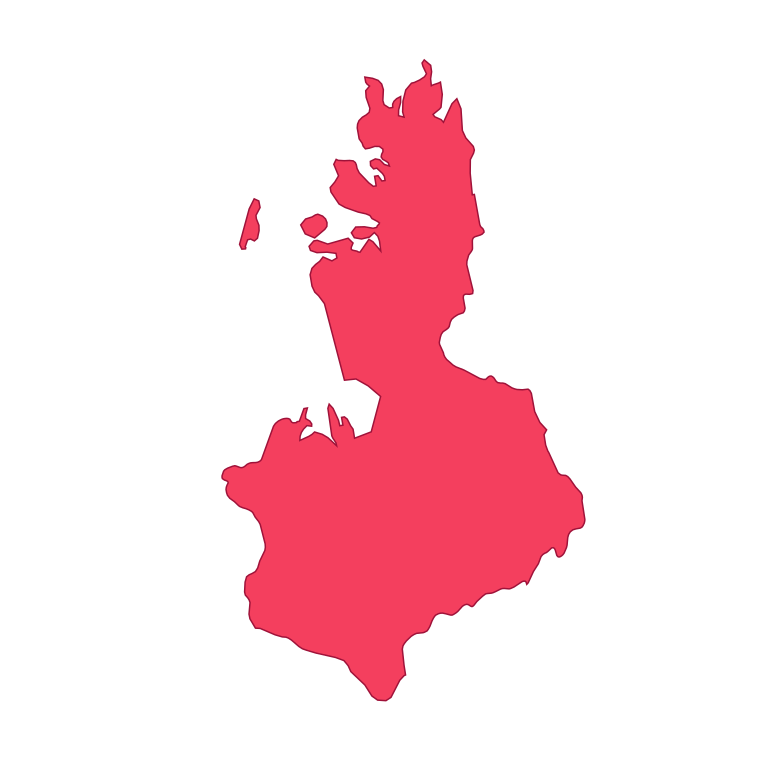 outline of Galway, rotated 80°
{"feature_id": "IRL-713", "entity_name": "Galway", "entity_type": "County", "adm_level": 1, "iso_a3": "IRL", "parent_name": "Ireland", "parent_adm1": "", "projection": "albers", "projection_center": [-9.136, 53.343], "detail": "fine", "context": "isolated", "style": "filled", "palette": "rose", "viewbox_px": 768, "rotation_deg": 80, "n_neighbors": 0, "source": "natural_earth", "source_scale": "10m", "svg_char_len": 6146}
<svg xmlns="http://www.w3.org/2000/svg" viewBox="0 0 768 768"><g transform="rotate(80 384 384)"><path d="M406.0,476.2L406.0,473.8L394.3,467.1L394.3,463.6L400.8,466.6L404.4,467.2L407.6,463.5L410.8,462.1L413.0,462.6L411.6,467.1L414.4,471.0L417.4,473.8L420.9,475.7L425.0,476.7L422.5,467.1L421.1,463.6L419.2,460.7L422.8,453.6L427.2,448.5L436.6,441.4L433.6,441.5L428.4,443.8L426.0,444.4L398.2,443.5L394.3,441.5L399.2,438.4L411.9,435.1L417.4,434.8L417.4,431.6L409.5,431.6L409.5,428.7L412.2,426.3L419.4,424.1L423.1,422.3L432.3,422.4L428.9,404.9L395.7,389.5L383.1,399.9L374.2,410.7L373.4,422.3L294.5,428.7L285.7,433.1L281.5,436.2L275.2,437.9L263.6,437.8L257.6,434.9L254.4,430.6L252.0,426.0L248.3,422.0L253.7,413.9L251.7,408.5L247.0,408.6L244.3,417.2L243.0,427.3L239.7,433.2L235.4,433.9L230.9,428.3L230.9,424.8L236.4,415.1L234.2,394.0L239.8,390.0L243.5,392.4L245.5,392.9L246.7,391.9L248.5,387.5L249.4,386.5L250.1,384.8L238.9,373.7L242.0,370.2L252.5,364.1L242.4,363.6L237.4,364.4L233.2,367.2L236.8,372.8L237.3,380.9L234.8,387.8L229.4,389.9L224.5,384.6L225.8,375.9L228.7,367.7L228.5,364.0L226.9,363.0L225.8,361.3L224.6,360.5L222.8,362.2L219.0,367.1L215.6,368.6L213.3,372.2L210.2,379.6L203.4,391.6L199.0,397.0L185.7,402.9L181.2,402.9L176.5,397.3L171.1,392.6L158.9,395.3L154.5,392.1L155.8,390.3L157.2,384.4L157.9,379.1L158.9,375.6L160.9,373.8L163.3,373.2L167.1,373.1L171.8,371.7L183.2,364.1L187.5,360.2L187.5,357.3L177.8,357.2L177.8,353.7L183.7,350.8L183.8,347.6L179.6,347.6L176.5,348.9L170.2,353.6L170.4,356.9L166.6,359.3L162.4,358.8L160.8,353.5L162.4,349.3L167.9,345.5L170.3,340.8L166.8,341.4L164.6,343.7L162.6,346.2L159.9,347.4L157.3,346.4L155.0,344.7L152.5,344.3L149.3,347.3L148.4,351.8L149.2,357.2L149.2,361.5L146.2,363.2L143.0,363.7L138.3,365.9L127.2,365.9L123.5,364.9L120.3,362.9L117.5,359.0L115.9,354.8L113.9,351.4L110.0,350.0L98.7,351.8L92.0,351.1L88.1,346.5L85.8,348.6L83.6,349.6L78.4,349.6L81.0,342.1L84.0,337.0L88.2,334.2L94.0,333.5L104.6,335.9L108.9,335.4L113.1,330.9L113.2,327.4L109.9,326.9L107.3,325.1L105.2,322.0L103.8,317.7L109.8,318.8L116.6,322.0L122.3,323.1L124.7,317.9L119.2,318.4L108.7,316.2L98.2,311.5L92.5,304.7L92.3,301.7L90.8,296.1L88.5,290.8L85.9,288.3L77.8,290.5L74.5,290.8L71.8,288.1L78.3,282.7L84.8,282.9L91.5,285.1L98.5,285.6L97.9,283.5L97.1,278.1L96.5,276.0L108.9,276.3L121.4,279.8L122.9,281.6L127.0,288.9L129.6,287.7L133.6,281.8L136.6,280.0L119.8,268.4L115.7,262.7L126.4,260.4L148.0,262.8L155.9,260.7L165.5,254.8L169.3,254.4L172.2,255.7L178.0,260.0L191.3,262.5L213.0,264.2L213.0,262.1L243.6,262.0L245.8,261.5L248.2,259.7L250.1,259.1L251.8,259.1L253.4,261.2L254.0,263.2L254.8,269.1L255.5,270.5L256.6,271.5L258.2,272.1L265.8,273.3L267.0,273.7L268.6,275.0L271.7,278.2L277.4,281.0L280.9,281.8L307.4,280.1L310.3,281.0L310.5,282.7L310.5,284.3L309.7,287.7L309.9,289.2L310.8,290.4L313.1,291.0L323.4,291.0L326.0,292.1L327.6,293.6L328.4,298.8L329.2,300.9L330.3,303.4L332.1,306.2L334.6,308.0L338.7,309.8L339.9,310.9L340.9,312.6L342.8,316.8L344.9,318.9L347.7,320.4L352.6,322.3L354.6,322.4L363.5,320.1L365.7,320.0L368.0,319.4L370.7,318.1L377.3,312.8L379.6,310.2L384.1,302.9L395.2,288.7L396.7,285.4L397.1,283.0L395.3,280.3L394.7,278.9L394.7,277.2L395.7,275.8L397.3,274.6L400.4,273.3L402.3,271.9L403.3,269.1L403.7,266.9L404.7,264.6L410.0,258.7L411.5,256.2L412.5,254.0L413.7,248.8L414.1,243.0L415.8,241.5L418.8,240.5L437.3,240.4L448.9,237.2L457.4,231.8L461.7,235.2L472.3,235.4L478.5,234.3L479.9,233.7L501.7,228.0L504.1,225.8L504.7,224.5L505.6,220.9L507.1,219.1L509.7,217.4L518.8,213.2L525.4,209.0L527.9,208.3L530.0,208.3L533.4,209.3L552.2,209.7L553.8,210.1L555.7,210.9L558.1,212.6L559.4,214.0L560.0,215.8L560.0,220.1L560.4,223.4L561.9,226.2L564.2,228.3L567.1,229.7L574.5,231.7L576.8,232.7L581.8,236.0L583.2,237.5L584.0,238.8L584.6,240.2L584.8,241.7L584.1,242.9L582.7,243.6L577.1,244.2L575.6,244.7L574.6,245.7L574.5,247.3L577.3,251.6L578.2,253.3L578.6,255.1L579.5,257.2L581.2,259.3L587.8,263.2L594.6,269.4L604.8,276.5L606.1,278.2L603.7,278.5L602.7,279.2L602.4,280.7L602.6,282.3L606.5,291.3L607.4,294.9L607.5,296.3L606.2,301.2L606.0,303.0L606.2,304.8L607.8,310.1L608.5,313.0L608.6,314.8L608.3,318.4L608.3,320.3L610.1,323.8L614.3,330.3L617.4,333.7L618.2,334.9L618.5,336.0L617.9,337.1L615.9,339.3L615.3,340.9L615.5,343.0L616.5,345.4L620.7,350.7L621.8,352.6L623.0,355.5L623.4,357.1L623.1,358.6L621.0,363.1L619.8,366.1L619.5,368.2L619.7,370.4L620.7,373.5L622.7,375.6L625.4,377.7L630.5,380.8L632.9,382.7L634.6,384.4L635.5,387.3L635.7,388.7L635.2,395.2L635.9,398.0L637.2,401.1L640.9,406.6L643.2,409.1L645.2,410.8L648.3,412.0L664.4,413.1L674.3,413.3L674.7,414.9L678.5,419.9L693.8,431.5L696.2,437.1L694.2,445.2L689.2,450.1L677.1,455.1L661.5,466.6L655.2,468.2L649.4,471.5L644.9,479.2L637.2,497.6L632.8,506.4L630.6,510.3L627.7,513.4L620.1,519.6L617.6,522.3L616.3,524.5L615.4,528.1L612.1,534.8L603.2,548.4L602.1,553.0L592.0,556.8L587.2,556.9L576.0,553.9L573.3,554.3L570.9,555.3L567.8,557.2L564.6,557.4L555.0,555.2L550.0,552.8L548.5,550.0L547.7,546.8L546.4,543.2L543.2,540.3L536.8,537.1L527.2,530.2L524.2,529.2L520.8,528.8L500.8,530.3L497.7,531.3L492.9,533.9L488.0,535.5L486.5,536.5L484.5,538.9L482.8,541.6L481.4,544.5L479.7,547.2L478.6,548.3L473.8,551.8L469.8,555.7L466.4,557.5L463.7,557.9L460.5,557.9L458.2,557.2L456.3,556.1L454.3,554.6L452.9,554.8L451.9,556.0L450.9,557.8L449.1,559.6L447.6,559.7L446.2,559.4L442.0,557.1L440.8,555.6L439.7,552.6L438.7,547.5L438.6,545.1L439.2,543.7L441.4,539.9L441.7,538.4L441.5,536.9L440.9,535.4L439.3,532.7L438.8,531.0L438.5,529.3L438.6,527.4L439.1,523.8L439.1,522.0L438.7,520.3L438.0,518.8L437.0,517.7L406.5,500.2L404.5,498.3L403.6,497.1L402.1,494.4L401.1,491.2L400.8,489.3L400.8,487.5L401.0,485.6L401.5,484.1L402.3,482.9L405.5,481.6L406.3,480.6L406.6,479.5L406.8,476.8L406.0,476.2ZM224.8,496.9L225.7,496.4L226.9,496.9L226.5,500.6L221.4,502.0L188.2,486.4L179.1,479.7L182.0,475.5L188.7,475.4L195.7,480.8L199.2,481.0L206.0,479.6L211.3,480.4L218.5,483.3L220.6,486.8L218.1,490.2L218.3,493.3L224.8,496.9ZM221.4,415.4L228.1,426.9L222.5,435.5L212.9,438.4L207.9,432.6L207.0,425.8L205.6,422.3L205.3,419.7L208.0,415.3L211.3,412.9L215.2,412.1L218.9,412.9L221.4,415.4Z" fill="#f43f5e" stroke="#9f1239" stroke-width="1.5"/></g></svg>